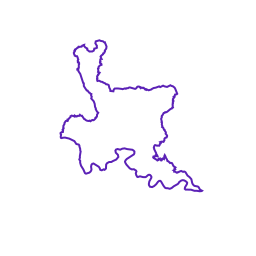 the district of Lithipeng, Mohale's Hoek, Lesotho, rotated 53°
{"feature_id": "5366337B6317633557829", "entity_name": "Lithipeng", "entity_type": "district", "adm_level": 2, "iso_a3": "LSO", "parent_name": "Lesotho", "parent_adm1": "Mohale's Hoek", "projection": "albers", "projection_center": [27.697, -30.239], "detail": "fine", "context": "isolated", "style": "outline", "palette": "violet", "viewbox_px": 256, "rotation_deg": 53, "n_neighbors": 0, "source": "geoboundaries", "source_scale": "gbopen_adm2", "svg_char_len": 5883}
<svg xmlns="http://www.w3.org/2000/svg" viewBox="0 0 256 256"><g transform="rotate(53 128 128)"><path d="M176.2,145.6L177.6,143.9L177.9,143.0L177.7,140.3L178.0,139.3L178.9,138.6L180.1,138.5L181.1,138.7L181.8,139.3L183.5,143.1L185.2,145.0L186.2,145.6L188.1,145.8L189.7,144.3L190.1,142.1L189.9,139.4L189.0,136.4L189.0,134.9L189.7,134.0L190.6,133.8L195.4,134.4L197.9,134.4L199.0,133.8L199.8,132.7L201.7,131.2L202.2,129.3L202.1,126.5L202.7,122.0L202.5,120.8L202.0,119.8L202.0,117.2L202.4,116.0L203.3,114.9L205.0,114.0L207.1,113.6L207.5,113.8L208.3,114.8L209.7,118.2L210.8,119.3L211.8,119.1L215.2,114.8L218.2,112.7L219.6,110.8L221.7,108.8L222.7,107.1L222.7,106.6L220.5,107.6L217.8,107.2L216.7,107.5L214.4,109.6L213.5,110.0L211.9,110.1L210.5,109.8L207.0,108.2L204.3,108.4L201.8,109.1L197.9,108.7L196.8,109.1L196.3,109.8L196.2,110.4L194.3,111.4L193.7,113.3L193.7,114.2L193.3,114.6L193.3,115.6L192.9,116.1L191.6,116.4L190.6,117.4L189.7,116.4L189.3,116.7L189.4,115.0L188.7,114.9L188.3,115.2L187.7,114.6L187.8,113.9L185.8,114.6L182.6,114.0L181.5,114.8L181.3,115.5L178.8,115.8L178.2,116.4L176.5,115.8L174.6,115.7L173.3,115.2L171.8,115.0L172.3,115.9L174.5,118.0L173.2,118.7L173.1,119.4L173.6,119.6L174.1,120.6L173.9,121.1L173.2,121.2L172.6,120.8L172.0,121.2L171.6,121.0L171.5,121.9L171.1,122.2L171.9,122.9L171.6,124.1L170.7,124.2L167.3,125.6L166.5,125.5L166.1,124.8L167.0,124.1L166.5,122.8L167.4,122.4L167.5,122.1L168.3,121.4L167.3,121.1L165.9,121.2L165.2,120.7L160.6,119.8L159.9,119.3L159.3,119.3L158.2,117.9L157.9,116.8L158.2,116.4L159.7,115.4L159.9,114.8L160.9,113.8L160.7,113.1L159.9,112.1L160.0,111.1L159.7,110.7L158.6,110.8L158.9,109.7L159.4,109.6L159.6,108.7L160.4,108.1L160.4,107.6L159.9,107.0L159.8,106.4L158.6,105.5L158.3,104.7L158.4,103.5L158.8,103.0L158.4,102.1L157.9,101.5L157.2,101.3L155.2,101.4L154.6,100.6L153.9,100.3L152.6,100.3L151.5,99.9L151.1,100.3L149.0,99.7L147.7,100.2L147.2,99.4L145.7,99.0L144.3,97.7L143.4,97.7L143.2,97.1L140.7,96.1L139.6,94.3L139.1,94.2L138.6,93.6L138.5,92.6L137.5,90.5L138.0,89.5L137.7,88.8L138.5,87.8L138.6,86.7L138.4,82.6L138.8,81.2L138.5,80.9L138.7,79.7L137.3,79.2L136.6,78.4L136.1,78.3L135.4,77.6L135.4,77.3L134.6,76.9L134.4,76.3L133.8,76.0L134.0,75.7L133.8,75.4L133.2,75.2L133.0,75.6L131.9,74.7L131.4,72.8L131.1,73.1L130.5,72.9L130.5,72.6L131.0,72.4L130.9,72.0L129.6,70.3L130.4,68.8L130.3,68.1L125.2,66.7L123.8,66.5L121.6,67.1L120.5,68.0L119.4,68.4L118.7,72.1L116.7,73.8L115.3,74.5L114.7,77.7L113.5,78.1L112.5,81.5L111.5,83.5L111.2,85.4L111.3,86.1L110.3,88.8L108.3,89.9L108.5,90.3L107.5,90.6L107.6,91.1L105.3,91.3L105.1,92.0L104.0,92.6L103.9,93.8L102.7,93.7L102.6,94.1L101.6,94.2L100.9,95.1L100.7,95.8L101.2,97.4L101.2,98.4L100.8,99.0L96.7,102.1L96.3,102.9L96.2,104.1L95.4,105.2L95.4,106.1L94.6,106.5L93.7,109.0L93.0,109.5L90.5,112.1L88.5,114.8L88.7,116.2L89.9,117.6L87.8,119.8L86.6,119.0L84.6,118.7L82.2,117.6L80.9,118.1L79.9,119.2L78.8,119.3L76.5,120.6L75.9,120.6L74.7,121.8L73.2,122.4L72.7,122.8L72.1,124.1L71.5,124.0L70.8,123.4L70.2,123.3L69.8,122.9L69.8,122.4L68.5,121.9L67.9,121.1L67.9,120.4L67.7,119.9L67.3,119.8L67.2,118.4L66.8,118.4L66.6,117.4L65.2,118.2L64.5,117.3L62.5,116.2L62.6,115.6L61.6,114.9L61.1,113.1L61.6,111.1L60.7,110.7L59.3,111.2L58.8,111.0L58.5,110.1L57.8,110.1L57.5,109.5L56.5,108.8L56.3,108.0L56.8,107.5L54.5,107.0L54.2,106.3L54.3,106.0L54.1,105.6L54.1,103.5L53.5,103.0L53.7,102.5L53.6,101.4L53.2,101.1L52.9,100.2L52.2,99.9L51.5,97.6L50.0,96.1L45.9,95.0L45.9,95.3L43.7,95.8L42.0,97.4L40.8,98.0L39.4,101.6L40.7,103.1L43.7,103.4L44.6,104.3L45.2,104.5L44.9,106.1L44.3,107.1L45.6,108.8L45.4,110.4L43.7,112.8L40.9,113.5L40.0,112.7L38.0,113.6L35.8,113.7L35.2,113.0L34.9,113.8L35.0,114.6L34.7,115.1L35.1,116.0L34.8,116.7L34.2,117.3L33.9,118.4L33.3,118.7L33.7,119.9L33.5,120.3L33.7,122.4L33.4,122.7L33.5,123.2L34.2,123.5L34.4,123.8L33.9,124.0L34.1,124.5L35.0,125.1L35.4,126.1L36.6,126.6L37.8,126.7L38.1,127.0L39.1,126.6L40.0,125.5L41.5,125.8L42.4,126.3L43.3,126.4L43.8,127.5L45.5,128.6L45.8,128.4L45.5,127.8L46.6,127.9L47.7,128.7L47.9,129.3L50.4,131.1L50.3,132.8L50.9,133.4L51.7,132.7L52.7,133.4L56.1,133.6L65.1,136.7L65.7,136.4L67.9,138.0L68.8,138.1L73.2,138.4L73.7,137.8L76.3,137.8L76.8,137.4L78.0,137.4L78.8,136.8L80.0,138.0L81.2,138.1L82.3,139.6L86.1,139.3L88.7,140.1L91.3,141.6L93.0,141.9L93.4,142.4L96.2,142.9L97.9,142.6L98.7,144.7L100.1,145.9L100.2,147.5L100.6,147.4L101.0,149.2L101.1,150.5L100.9,151.1L100.1,151.7L100.0,153.9L99.1,154.1L98.9,155.0L97.6,156.3L96.2,157.0L94.9,157.2L94.5,157.6L90.5,157.4L90.3,157.9L89.4,158.4L88.5,158.5L88.9,159.8L88.0,160.9L88.0,162.0L87.1,162.4L87.0,163.5L86.7,163.5L86.6,163.0L85.8,163.2L86.1,164.1L84.2,165.5L84.0,166.8L84.7,167.4L84.7,168.5L85.2,170.5L84.8,171.2L85.3,171.8L86.0,171.8L86.0,172.1L85.3,172.5L85.0,173.6L85.8,175.8L86.5,176.2L87.5,178.5L88.5,179.0L88.9,179.7L89.5,179.6L89.9,180.3L90.0,181.2L90.9,181.3L92.0,182.4L91.8,182.7L91.3,182.6L91.6,183.5L91.3,184.4L91.4,184.9L92.1,185.4L93.0,185.4L94.6,187.1L95.5,187.5L96.2,187.0L96.5,186.0L97.7,184.1L101.1,181.3L106.2,178.7L109.7,178.9L111.6,177.3L112.8,177.4L113.5,177.9L115.8,178.7L117.3,179.7L118.2,179.9L121.5,183.4L122.8,184.3L123.9,185.9L125.4,185.9L126.9,187.1L129.8,188.2L134.3,188.6L138.0,189.5L138.7,189.3L139.2,189.0L140.4,185.7L140.3,184.3L139.9,183.1L139.1,182.1L136.7,180.8L135.5,179.5L135.1,178.1L135.6,176.9L141.3,174.7L142.6,174.7L144.8,175.3L146.0,174.4L146.4,172.3L147.3,171.9L147.3,171.5L147.1,170.0L144.0,167.4L143.5,165.9L143.8,163.6L145.2,161.6L145.2,160.5L146.1,156.4L145.3,153.1L143.3,152.2L140.4,152.6L138.5,151.7L138.0,150.6L138.5,149.0L140.6,147.3L141.1,145.0L142.2,143.0L144.3,141.4L148.0,137.6L149.4,137.1L150.6,137.0L152.0,138.1L152.6,139.2L152.0,147.6L152.3,149.3L153.0,150.6L153.9,151.0L156.2,151.3L161.3,150.9L163.3,149.9L164.5,148.1L166.9,147.2L167.8,147.4L168.8,149.0L170.7,149.8L172.6,150.0L173.1,149.6L173.8,147.5L176.2,145.6Z" fill="none" stroke="#5b21b6" stroke-width="2"/></g></svg>